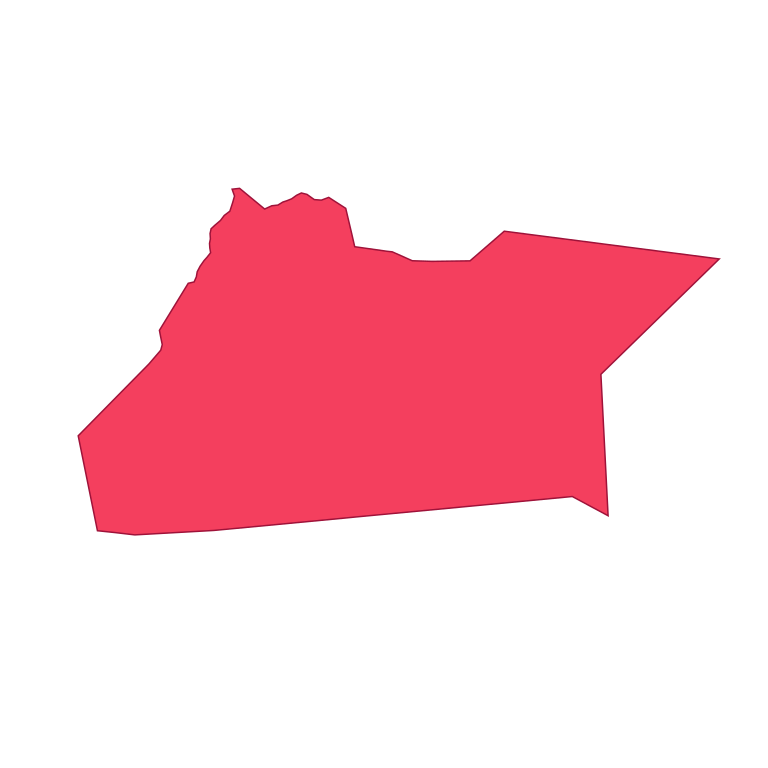 Santo Inácio do Piauí, Piauí, Brazil, rotated 204°
{"feature_id": "56859067B9028675436442", "entity_name": "Santo Inácio do Piauí", "entity_type": "district", "adm_level": 2, "iso_a3": "BRA", "parent_name": "Brazil", "parent_adm1": "Piauí", "projection": "robinson", "projection_center": [-41.926, -7.457], "detail": "fine", "context": "isolated", "style": "filled", "palette": "rose", "viewbox_px": 768, "rotation_deg": 204, "n_neighbors": 0, "source": "geoboundaries", "source_scale": "gbopen_adm2", "svg_char_len": 891}
<svg xmlns="http://www.w3.org/2000/svg" viewBox="0 0 768 768"><g transform="rotate(204 384 384)"><path d="M602.0,500.2L597.0,494.9L596.0,487.8L595.1,479.2L598.5,473.0L599.9,466.9L603.1,460.2L605.1,455.5L604.1,450.7L601.6,445.9L600.6,441.5L598.5,437.5L595.8,433.4L597.3,427.5L598.6,423.5L599.9,416.8L600.3,410.6L599.0,405.5L599.0,400.0L603.8,396.4L611.0,341.7L607.4,336.5L602.6,329.8L601.7,324.1L606.9,306.7L642.3,212.3L586.1,133.4L569.2,138.9L550.3,144.8L479.9,181.0L364.2,246.2L356.3,250.7L257.4,306.4L166.2,357.8L125.7,354.8L189.8,481.1L128.6,634.6L336.3,572.5L355.5,531.5L389.9,515.6L408.3,508.1L430.2,508.1L435.5,506.4L466.6,497.5L473.8,507.1L490.4,528.9L510.4,532.0L516.0,526.5L522.7,524.1L531.5,525.9L537.2,524.9L540.6,520.9L543.7,515.6L547.3,511.9L550.4,509.1L553.7,504.3L559.0,501.2L564.2,495.3L595.5,504.0L602.0,500.2Z" fill="#f43f5e" stroke="#9f1239" stroke-width="1.5"/></g></svg>